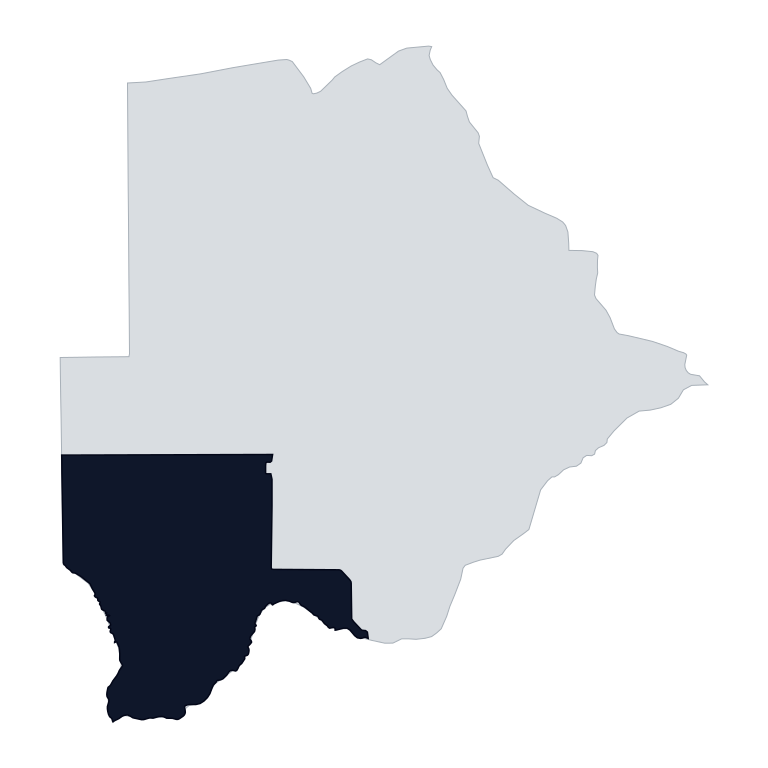 Kgalagadi highlighted on a map of Botswana
{"feature_id": "BWA-2625", "entity_name": "Kgalagadi", "entity_type": "District", "adm_level": 1, "iso_a3": "BWA", "parent_name": "Botswana", "parent_adm1": "", "projection": "orthographic", "projection_center": [21.995, -25.1], "detail": "fine", "context": "in_parent", "style": "filled", "palette": "ink", "viewbox_px": 768, "rotation_deg": 0, "n_neighbors": 0, "source": "natural_earth", "source_scale": "10m", "svg_char_len": 6563}
<svg xmlns="http://www.w3.org/2000/svg" viewBox="0 0 768 768"><path d="M431.7,46.6L430.2,50.2L429.1,55.5L430.3,59.6L433.0,65.0L437.0,69.8L440.1,72.6L443.7,79.6L447.2,88.3L452.0,95.2L466.0,110.9L467.5,116.5L469.4,122.0L478.1,132.8L479.4,136.3L478.7,143.4L487.4,165.1L493.1,177.7L498.2,180.2L514.2,194.1L528.2,205.3L544.7,213.1L556.8,218.3L562.7,222.0L565.6,225.5L567.9,232.0L568.7,243.1L568.9,250.4L582.1,250.6L592.9,251.7L596.6,253.3L598.0,255.4L597.5,260.2L597.4,267.2L597.7,273.0L596.3,279.0L595.3,286.2L594.5,295.0L596.0,298.6L606.0,310.2L610.1,317.7L614.4,328.9L617.0,332.5L619.1,334.0L628.4,335.7L652.4,341.4L667.1,346.4L678.7,351.3L683.6,352.7L685.9,354.0L686.7,355.1L684.8,364.6L685.1,367.7L686.3,370.5L688.2,372.8L690.6,374.3L699.5,375.8L704.5,381.9L707.8,384.8L691.6,385.4L683.4,389.8L678.4,398.2L670.8,404.3L660.8,407.8L650.2,410.1L639.1,411.1L627.0,418.0L614.0,430.9L607.3,439.0L606.9,442.5L604.0,445.4L598.6,447.7L595.4,450.6L594.6,454.1L591.7,455.7L586.7,455.4L583.1,457.8L580.9,463.1L576.4,466.2L569.6,467.0L563.6,469.8L558.5,474.6L554.6,476.9L551.9,476.9L547.6,480.7L540.6,489.9L539.3,494.3L528.9,529.5L523.7,533.5L513.8,540.5L505.6,549.1L502.1,554.1L498.3,556.3L480.1,560.1L473.4,562.2L465.2,565.3L463.0,568.3L460.7,579.2L454.7,594.8L449.9,606.3L446.7,616.3L441.2,628.8L436.7,632.9L431.6,636.6L425.0,638.3L416.1,639.3L408.0,638.8L401.7,638.8L392.9,643.1L384.8,643.2L371.9,640.4L361.5,637.7L356.8,637.1L347.7,628.7L341.8,628.8L332.7,628.0L327.6,626.0L322.9,621.8L312.8,613.4L302.8,606.6L293.9,602.5L285.6,600.6L277.7,602.2L271.5,603.9L269.1,604.8L264.3,608.2L259.4,614.7L255.3,624.9L253.7,631.2L249.1,644.4L243.1,660.4L240.2,664.9L236.9,668.3L231.7,671.4L214.7,684.0L206.2,698.2L200.9,702.4L194.4,704.3L189.0,705.6L186.0,708.0L182.7,715.2L179.8,717.7L176.6,718.7L166.9,717.9L163.8,717.2L138.3,718.7L130.5,716.5L124.9,715.6L116.2,718.7L112.5,716.8L109.6,710.8L108.0,698.8L108.4,688.5L113.0,680.7L116.9,675.0L120.8,667.6L121.2,664.3L120.4,661.3L119.6,655.2L119.1,649.0L113.4,635.4L106.4,617.4L97.0,597.4L94.1,591.9L88.2,583.2L66.6,566.9L63.3,564.6L63.3,562.8L63.0,546.7L62.7,525.3L62.3,503.9L62.0,482.5L61.7,461.1L61.4,439.7L61.1,418.3L60.7,397.0L60.4,375.6L60.2,357.5L76.0,357.3L95.5,357.0L118.7,356.8L128.9,356.7L129.5,353.9L129.4,340.6L129.2,310.2L128.9,279.8L128.7,249.5L128.5,219.1L128.2,188.8L128.0,158.5L127.8,128.2L127.6,97.9L127.5,83.0L145.8,82.0L166.8,78.8L201.0,73.8L232.8,67.7L253.6,64.2L278.2,60.1L286.7,59.5L289.0,60.1L292.3,61.6L303.7,76.8L310.7,88.4L312.1,93.3L313.4,93.8L316.8,93.1L320.6,91.3L332.3,80.0L334.7,77.0L342.2,71.6L351.2,66.0L359.4,62.1L367.6,58.9L371.4,59.8L375.8,62.8L379.7,64.7L398.5,51.1L406.8,48.1L428.6,46.1L431.7,46.6Z" fill="#d9dde1" stroke="#a8b0b8" stroke-width="1"/><path d="M105.6,613.1L105.3,611.6L104.9,611.0L103.0,610.1L101.8,609.4L101.4,608.5L100.9,606.2L100.6,605.6L99.9,604.7L99.6,604.2L99.6,603.6L99.9,603.2L100.2,602.7L100.0,602.0L99.6,601.6L98.3,600.9L97.9,600.5L97.8,600.0L97.6,598.1L96.3,597.6L95.1,596.8L94.4,595.8L95.0,594.6L95.1,593.5L94.3,591.9L92.5,589.0L90.3,584.4L89.6,583.4L80.7,576.3L75.5,573.2L74.8,573.0L73.4,572.9L72.8,572.8L72.0,572.3L70.2,570.2L66.6,567.5L65.3,565.5L64.1,564.6L63.7,564.0L63.3,562.8L63.1,550.0L62.9,537.2L62.7,524.3L62.5,511.5L62.3,498.6L62.3,496.6L62.1,485.8L61.9,473.0L61.8,460.1L61.7,455.1L63.0,455.1L272.6,454.5L271.6,461.0L270.2,462.2L267.1,462.1L266.4,462.4L265.8,463.0L265.6,465.8L265.6,472.9L265.8,473.5L266.2,473.7L266.9,473.8L270.8,473.8L272.0,479.3L272.0,505.9L271.2,567.4L271.4,568.3L271.7,569.1L272.6,569.3L273.7,569.4L338.6,569.8L339.6,569.9L340.7,570.3L341.7,571.1L349.4,579.4L350.3,580.6L351.0,581.8L351.2,583.5L351.7,619.0L353.9,621.9L361.5,630.0L362.6,630.3L365.6,630.6L367.4,632.1L368.2,638.4L365.3,637.3L363.9,637.4L362.6,638.0L360.7,638.4L357.4,637.8L354.6,635.6L350.0,630.0L347.1,628.2L343.5,628.2L336.5,630.0L335.1,630.2L335.0,629.8L335.4,629.2L335.3,628.6L334.6,628.0L333.9,627.5L333.2,627.4L329.7,628.2L328.4,627.4L327.4,625.9L324.4,623.6L321.9,620.2L321.3,619.8L319.9,619.4L319.3,619.0L318.9,618.3L318.2,616.7L317.6,616.1L313.8,614.9L313.0,614.0L312.5,613.3L305.4,607.6L303.8,606.5L301.8,605.6L301.1,605.1L300.2,604.1L299.2,602.5L298.6,601.9L297.7,601.6L296.8,601.7L294.6,602.5L293.4,602.6L292.3,602.4L289.3,601.1L285.6,600.4L282.2,600.6L279.0,601.5L273.9,603.9L273.3,604.5L272.5,604.9L272.0,604.5L271.8,603.8L271.3,603.2L269.7,602.9L268.1,603.8L265.5,606.4L265.1,607.1L264.9,607.7L264.6,608.3L263.9,608.8L262.9,609.2L262.2,609.7L261.6,610.3L261.1,611.2L260.0,614.1L259.2,615.0L257.5,615.7L257.1,616.4L255.7,621.0L255.2,622.2L255.0,622.8L254.9,623.4L255.3,624.1L255.9,624.9L256.2,625.7L255.6,626.4L254.7,627.1L254.6,627.7L254.9,628.4L255.0,629.2L254.8,630.3L254.7,631.0L254.3,631.8L251.2,635.3L250.3,636.8L249.9,638.4L250.0,639.5L250.6,639.9L251.1,640.6L251.5,641.7L251.6,642.1L250.8,643.4L249.8,644.5L248.5,645.7L247.7,646.9L248.6,648.3L248.9,649.2L249.0,650.9L248.7,652.7L248.4,653.9L247.8,654.8L247.2,655.3L245.2,656.0L244.5,656.6L244.6,657.3L244.8,658.0L244.7,658.9L241.9,663.2L241.8,663.4L241.1,664.0L239.8,665.0L239.0,666.0L237.9,668.5L236.7,670.5L235.5,671.0L232.5,670.3L230.3,670.7L228.9,671.9L226.6,675.3L223.1,678.7L221.5,679.5L220.4,679.9L217.4,680.4L216.8,680.9L216.0,682.3L213.3,685.1L212.1,687.8L209.9,693.7L207.4,697.6L204.0,701.0L200.1,703.5L195.9,704.5L189.4,704.5L187.3,704.9L185.5,705.6L184.7,706.4L184.6,707.5L185.2,710.9L185.3,712.3L185.0,713.7L184.3,715.0L183.1,716.2L179.3,718.8L177.8,719.4L176.4,719.4L172.4,718.3L166.7,718.2L163.5,716.7L161.9,716.4L158.9,716.5L153.3,718.1L152.4,718.1L150.5,717.9L149.6,717.9L143.8,719.6L141.7,719.7L132.9,717.8L130.2,716.1L127.4,714.9L123.6,715.5L121.9,716.4L118.9,718.6L114.6,720.7L113.2,721.7L113.0,721.9L112.6,721.2L111.9,718.8L111.3,718.0L110.3,717.3L109.9,716.9L109.5,716.4L108.5,714.3L107.8,711.6L107.4,708.9L107.4,706.6L108.8,701.6L108.9,699.8L108.5,698.8L107.4,697.2L107.0,696.3L106.8,694.4L107.0,692.2L107.8,688.2L108.1,687.3L110.0,685.8L110.9,684.6L112.9,680.9L116.7,675.9L118.2,673.3L119.4,670.4L122.3,666.2L122.5,665.1L119.9,660.6L119.7,659.2L119.8,653.8L119.2,647.4L117.3,643.0L117.3,642.7L116.5,641.8L116.1,641.8L115.5,642.1L114.6,642.5L114.6,641.8L115.3,640.3L113.8,635.4L113.2,634.1L112.5,633.5L110.8,632.7L110.2,631.9L110.2,631.1L110.7,629.5L110.7,628.7L110.2,628.2L109.4,628.1L108.7,627.9L108.5,627.1L108.8,626.5L110.3,625.6L110.7,624.9L110.1,622.9L107.1,620.2L107.2,618.1L107.6,616.9L109.6,615.7L108.7,614.9L108.1,614.9L107.5,615.3L106.9,615.6L106.2,615.3L106.2,614.5L106.5,613.6L106.6,612.9L105.6,613.1Z" fill="#0f172a" stroke="#020617" stroke-width="1.5"/></svg>